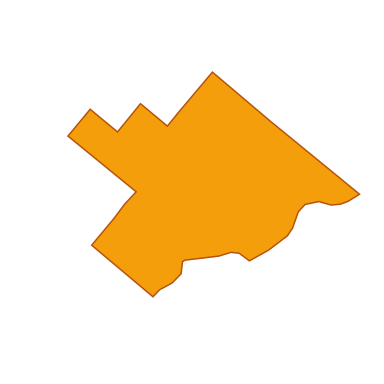 outline of Warren, Missouri, United States of America, rotated 309°
{"feature_id": "52423323B24848348476701", "entity_name": "Warren", "entity_type": "district", "adm_level": 2, "iso_a3": "USA", "parent_name": "United States of America", "parent_adm1": "Missouri", "projection": "orthographic", "projection_center": [-91.171, 38.77], "detail": "fine", "context": "isolated", "style": "filled", "palette": "amber", "viewbox_px": 384, "rotation_deg": 309, "n_neighbors": 0, "source": "geoboundaries", "source_scale": "gbopen_adm2", "svg_char_len": 572}
<svg xmlns="http://www.w3.org/2000/svg" viewBox="0 0 384 384"><g transform="rotate(309 192 192)"><path d="M295.7,323.6L296.2,232.6L296.3,208.4L298.0,132.4L245.0,131.4L227.7,131.4L228.2,96.4L191.8,96.3L192.2,60.8L157.4,60.4L157.0,148.5L140.0,147.3L122.9,148.0L87.5,147.5L86.0,227.6L95.8,228.4L108.8,233.8L121.5,235.0L131.9,228.5L134.7,229.5L159.2,253.3L169.6,260.2L174.1,267.2L174.6,279.9L194.7,288.0L218.0,293.7L227.1,292.9L243.5,287.1L253.4,287.7L264.3,296.5L269.4,308.3L275.7,314.8L282.8,319.1L295.7,323.6Z" fill="#f59e0b" stroke="#b45309" stroke-width="1.5"/></g></svg>